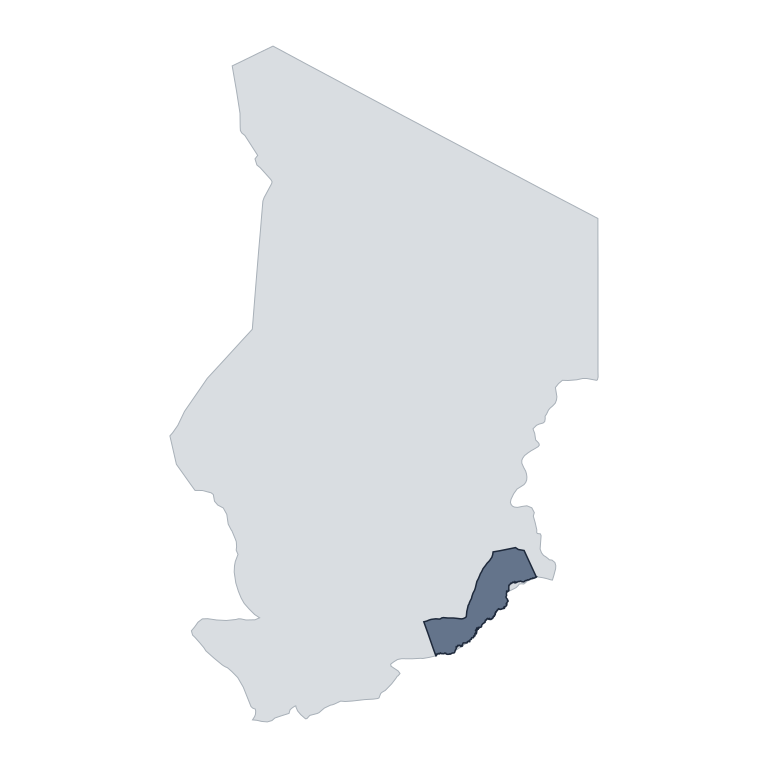 location of Haraze-Mangueigne, Salamat, Chad
{"feature_id": "50815135B51440340925469", "entity_name": "Haraze-Mangueigne", "entity_type": "district", "adm_level": 2, "iso_a3": "TCD", "parent_name": "Chad", "parent_adm1": "Salamat", "projection": "mercator", "projection_center": [21.205, 10.401], "detail": "fine", "context": "in_parent", "style": "filled", "palette": "slate", "viewbox_px": 768, "rotation_deg": 0, "n_neighbors": 0, "source": "geoboundaries", "source_scale": "gbopen_adm2", "svg_char_len": 9220}
<svg xmlns="http://www.w3.org/2000/svg" viewBox="0 0 768 768"><path d="M597.9,218.5L597.9,237.7L598.0,256.9L598.0,276.0L598.0,295.0L598.0,314.1L598.0,333.0L598.0,351.9L598.0,370.8L598.1,377.0L597.5,379.5L597.3,379.9L596.5,380.3L586.9,378.5L582.6,378.5L576.7,379.8L568.0,380.5L562.4,380.3L558.5,383.6L555.4,387.5L556.9,396.8L556.5,399.9L555.3,403.1L552.7,405.9L550.1,408.1L548.5,410.0L546.5,414.2L545.1,416.2L545.2,418.8L544.7,421.6L543.1,423.0L539.1,424.1L536.5,425.3L534.4,427.4L533.0,428.8L533.7,430.8L534.7,433.4L535.3,437.6L535.7,440.0L537.7,442.0L538.9,443.4L539.3,445.1L538.2,446.6L533.2,449.6L531.2,450.7L529.0,452.2L528.1,452.8L524.5,455.6L522.7,458.2L521.8,460.3L521.8,463.2L523.7,467.5L525.7,471.2L526.5,474.0L526.9,477.0L526.7,479.9L525.7,482.5L523.9,484.7L517.1,489.0L513.7,493.7L511.0,499.3L510.4,502.4L511.1,504.5L512.5,506.2L514.5,507.1L517.5,507.4L522.4,506.4L526.9,505.8L531.8,507.8L534.3,512.6L533.3,516.1L535.1,522.4L536.8,529.9L536.7,532.5L537.4,533.5L540.4,533.9L541.1,535.7L540.1,549.0L541.5,552.8L543.5,555.4L545.8,556.8L548.1,558.6L549.3,559.8L552.0,560.1L554.9,562.5L555.8,565.7L555.6,568.8L553.8,575.6L552.4,580.1L550.7,579.8L547.1,578.7L542.8,577.7L537.5,576.9L532.5,578.8L527.0,581.2L525.3,582.9L523.8,584.0L521.4,583.8L519.2,584.1L518.0,585.8L516.0,587.7L508.2,591.6L506.5,593.0L505.5,594.4L505.5,595.9L506.3,599.1L506.3,603.0L504.6,606.1L502.5,608.3L500.2,609.1L498.3,609.5L497.0,610.9L492.9,618.1L491.1,619.4L487.5,619.2L477.2,629.9L476.2,633.1L472.4,637.6L467.6,642.6L463.3,645.0L463.0,646.0L461.8,646.9L459.2,648.0L450.1,654.1L439.1,653.8L434.3,656.2L429.6,657.3L422.7,658.5L420.6,658.3L411.8,658.8L401.5,658.7L397.5,659.5L393.8,661.8L391.0,663.9L390.6,664.5L391.0,665.4L390.9,666.1L398.2,671.0L400.0,673.5L398.1,675.8L397.3,676.2L397.2,676.3L396.0,678.2L391.7,683.8L385.3,690.4L382.0,692.3L380.7,693.5L379.0,697.9L377.8,698.5L373.4,699.1L364.6,699.6L352.5,701.0L345.2,701.5L340.7,701.1L334.3,704.1L332.0,704.9L330.6,705.1L324.3,708.1L319.1,712.6L317.2,713.5L309.8,715.4L306.9,718.6L305.5,718.8L300.8,714.7L297.6,710.9L296.0,707.1L295.8,705.9L294.9,706.1L292.3,707.8L290.1,709.7L289.0,713.4L281.4,715.8L274.9,718.0L271.9,720.6L267.3,721.9L261.5,721.4L257.0,720.3L252.5,719.9L254.6,716.6L255.5,714.2L255.7,711.1L255.3,709.1L252.7,708.1L251.0,706.5L247.2,697.0L243.3,687.2L237.7,677.5L231.7,671.4L227.3,667.6L225.9,667.1L223.7,665.9L222.1,664.8L214.2,658.3L205.9,650.9L203.8,647.6L199.6,642.6L195.0,637.4L192.6,635.1L191.4,630.8L194.6,627.0L198.0,622.2L202.3,618.9L207.7,618.7L216.7,620.0L226.3,620.5L235.9,619.5L238.4,618.8L240.9,618.9L246.0,620.0L255.0,619.8L259.6,617.8L254.6,614.5L249.3,609.2L244.2,603.4L241.2,598.1L238.4,591.3L235.8,582.9L234.2,572.1L234.5,565.9L235.3,561.5L238.0,554.4L236.2,550.2L236.6,546.8L236.3,541.7L235.4,539.2L231.9,530.8L231.2,529.9L228.2,524.1L226.8,514.4L223.3,508.0L217.7,505.0L214.5,501.2L213.3,494.5L211.1,492.8L202.3,490.5L195.0,490.4L189.6,482.9L182.8,473.3L176.4,464.3L172.3,446.3L169.9,435.9L172.6,432.8L177.8,425.4L184.5,411.4L199.6,389.5L207.3,378.3L222.7,361.6L241.6,340.9L252.3,329.3L254.0,308.0L255.8,285.5L257.2,268.4L258.9,248.0L260.4,231.0L261.4,218.6L262.9,201.0L264.1,197.6L271.6,183.7L272.1,181.8L270.8,179.5L260.2,167.7L256.9,165.0L255.0,158.9L257.7,155.4L244.9,135.5L241.8,133.0L240.4,130.6L240.2,127.0L240.0,113.2L236.6,91.4L232.2,65.9L247.1,58.7L258.5,53.1L273.0,46.1L286.4,53.3L305.9,63.8L325.4,74.2L344.8,84.6L364.3,95.0L383.8,105.4L403.2,115.8L422.7,126.1L442.2,136.5L461.7,146.8L481.1,157.1L500.6,167.4L520.1,177.6L539.5,187.9L559.0,198.1L578.5,208.3L597.9,218.5Z" fill="#d9dde1" stroke="#a8b0b8" stroke-width="1"/><path d="M435.7,655.3L436.1,654.5L436.5,655.1L436.6,654.7L436.6,654.2L436.9,654.1L437.4,654.1L437.6,654.0L438.1,653.5L438.3,653.5L438.5,653.5L439.1,653.9L439.5,653.8L439.8,653.6L440.0,653.2L440.3,652.9L440.6,653.0L440.8,653.3L441.0,653.4L441.5,653.6L441.8,653.6L442.2,653.5L442.4,653.6L443.5,653.7L444.0,653.6L444.6,653.1L445.2,653.1L445.5,653.3L445.9,653.3L446.2,653.9L446.8,654.2L447.3,654.3L448.5,654.3L449.4,654.2L449.7,653.9L449.9,653.8L450.3,654.1L450.5,654.0L451.5,653.6L451.9,653.2L452.1,653.1L452.9,653.0L453.8,653.0L454.2,652.8L454.7,652.2L455.3,650.2L455.8,649.4L456.4,648.1L456.4,647.9L456.2,647.3L456.1,647.1L456.3,646.8L456.3,646.7L456.8,646.8L457.2,646.8L457.5,646.7L457.6,646.4L457.6,646.2L457.5,645.7L457.7,645.4L457.9,645.4L458.2,645.6L458.3,645.6L458.5,645.4L459.0,645.7L459.4,645.6L459.6,645.3L459.8,645.2L459.9,645.3L460.1,645.6L460.3,645.8L460.6,646.1L460.7,646.3L462.1,646.2L462.1,645.9L461.7,645.8L461.5,645.5L461.6,645.4L461.8,645.3L462.2,645.3L462.5,645.2L462.7,644.2L463.1,643.0L463.3,642.9L464.3,642.9L464.8,643.0L465.2,642.8L465.4,642.8L465.8,643.0L466.0,643.0L466.3,642.8L466.5,642.8L467.1,642.8L467.4,642.5L467.5,642.2L467.4,641.8L467.4,641.7L467.9,641.6L468.4,641.1L468.6,641.1L468.9,641.1L469.4,641.7L469.8,641.6L469.8,641.2L469.7,640.7L469.8,640.3L470.3,639.6L470.5,639.4L470.9,639.5L471.2,639.4L471.4,639.2L471.3,638.8L471.5,638.4L471.8,638.1L471.7,637.9L471.8,637.7L472.5,637.7L473.0,637.6L473.4,637.7L473.5,637.6L473.6,637.4L473.5,637.1L473.5,636.9L473.7,636.5L473.7,636.1L473.9,635.8L474.0,635.8L474.6,636.1L474.9,635.9L475.0,635.6L475.0,635.2L474.8,634.0L474.8,633.9L475.0,633.8L475.9,633.9L476.3,633.8L476.4,633.5L476.3,633.2L475.7,633.1L475.5,632.9L475.6,632.7L475.8,632.6L476.1,632.8L476.4,632.8L476.6,632.7L476.6,632.4L476.2,632.2L476.1,631.9L476.6,631.4L476.8,631.1L476.6,630.9L476.3,630.7L475.8,630.7L475.6,630.6L475.5,630.4L475.6,630.2L476.0,630.4L476.9,630.4L477.0,630.3L476.9,629.8L476.5,629.4L476.5,629.0L476.6,628.5L477.2,629.2L477.7,629.3L478.1,629.3L478.3,629.2L478.4,628.9L477.8,628.1L477.8,627.8L477.9,627.6L478.1,627.4L478.4,627.3L478.8,627.5L479.2,627.7L479.4,627.8L479.8,627.2L480.0,627.2L480.3,627.3L480.6,627.3L481.2,627.0L481.5,626.7L481.6,626.3L481.5,625.9L481.6,625.6L481.8,625.0L482.2,624.4L483.0,623.6L484.0,622.9L484.3,622.6L484.5,622.7L484.9,622.4L485.1,622.2L485.1,621.9L485.0,621.2L485.4,620.8L485.5,620.6L485.5,620.3L485.5,620.1L486.3,619.9L486.7,619.5L486.7,619.4L487.0,619.1L487.0,618.7L487.5,618.4L488.3,618.7L488.5,619.1L488.8,619.3L489.1,619.4L489.2,619.2L489.4,618.5L489.7,618.7L489.9,619.3L490.0,619.3L490.5,619.5L490.9,619.5L491.2,619.3L491.4,618.7L491.5,618.6L491.8,618.8L492.0,618.8L492.1,618.7L492.5,618.5L492.8,618.1L492.9,617.6L493.2,617.4L493.3,617.2L493.2,616.7L493.4,616.4L493.7,616.1L493.9,616.0L494.3,616.2L494.4,615.9L494.6,615.7L494.6,615.1L494.8,614.8L494.9,614.7L495.2,614.7L495.3,614.5L495.2,614.0L495.3,613.7L495.0,613.2L495.3,612.9L495.6,612.8L495.9,612.5L496.0,612.2L495.8,611.8L496.4,611.4L496.6,611.3L496.8,611.1L496.9,610.4L497.3,610.4L497.5,610.3L498.1,609.2L498.6,608.7L498.9,608.7L499.1,608.8L499.3,609.3L499.6,609.4L500.4,609.2L500.6,609.2L500.7,609.4L501.6,609.1L502.1,608.6L502.3,608.6L502.5,608.7L502.7,608.8L502.9,608.7L503.2,608.5L504.0,608.5L504.3,608.3L504.0,607.9L503.8,607.8L503.7,607.7L503.8,607.5L504.3,607.4L504.6,607.2L504.3,606.9L504.2,606.8L504.3,606.6L504.5,606.6L505.0,606.7L505.5,606.7L506.1,605.9L506.3,605.8L506.4,605.7L506.5,605.4L506.7,605.2L506.8,604.9L506.5,604.5L506.2,604.0L506.2,603.8L506.4,603.4L506.9,603.5L506.9,603.0L507.0,602.4L508.0,601.4L508.1,601.1L508.1,600.9L507.6,600.8L507.5,600.5L507.6,600.0L507.6,599.8L507.4,599.4L507.4,599.2L506.6,598.4L506.1,597.4L506.0,597.1L506.1,596.3L506.5,595.8L506.6,595.2L506.6,594.9L506.4,594.3L506.4,593.5L506.6,592.8L506.6,592.1L506.6,591.1L506.9,591.0L507.2,591.4L507.4,591.6L507.6,591.6L507.9,591.4L508.1,591.1L508.5,590.9L508.6,590.7L508.9,590.5L508.8,590.1L508.9,589.4L508.6,589.1L508.7,588.9L508.8,588.9L508.8,588.6L508.8,588.3L508.9,587.9L508.7,587.0L508.8,586.6L509.0,586.0L508.8,585.6L508.9,585.3L509.0,585.1L509.4,585.0L509.7,584.7L509.9,584.6L510.1,584.1L510.7,583.4L511.0,583.5L511.1,583.1L511.6,583.2L512.0,583.1L512.6,582.2L512.9,582.2L513.4,582.5L513.6,582.4L513.9,582.1L514.2,582.1L514.5,582.6L514.8,582.9L515.0,582.9L515.1,582.2L515.4,582.6L515.5,582.7L515.8,582.7L516.0,582.6L515.9,582.1L516.3,582.2L516.6,582.4L517.0,582.0L517.5,582.0L518.1,581.5L518.3,581.5L518.6,581.5L518.9,581.6L519.1,581.6L519.4,581.4L519.9,581.4L520.5,581.1L520.8,581.1L521.5,581.6L522.0,581.7L523.6,581.9L523.9,581.7L524.6,581.6L524.9,580.9L525.4,580.6L526.5,580.4L527.1,580.2L527.4,579.9L527.7,579.8L528.2,580.0L528.9,579.7L529.2,579.6L529.6,579.4L530.2,579.1L530.6,578.7L531.9,578.6L532.5,578.5L532.8,578.1L533.1,578.4L533.8,578.0L534.3,578.0L534.7,578.0L535.0,577.8L535.1,577.6L535.4,577.3L536.0,577.3L536.5,576.8L536.2,576.7L524.1,550.5L518.3,549.5L515.5,547.6L499.6,550.8L493.1,551.9L492.7,554.7L491.8,557.4L490.7,558.9L489.7,560.5L488.3,562.0L487.1,563.2L485.2,565.9L483.7,567.8L482.9,568.9L482.4,570.1L481.5,571.9L480.4,573.7L479.7,575.5L478.3,578.8L476.9,581.4L475.3,588.1L474.6,590.2L473.0,593.2L471.9,596.5L471.5,598.4L470.2,600.9L469.3,602.9L469.0,604.1L468.2,605.3L467.7,607.5L467.3,609.4L466.8,611.3L466.5,614.4L466.3,616.7L465.2,617.7L463.2,618.6L461.3,618.9L457.2,618.4L453.2,618.0L451.9,618.0L447.8,618.0L443.4,617.6L441.8,617.9L440.6,618.7L439.5,619.1L435.8,618.8L431.1,619.4L428.9,620.1L426.9,621.0L425.1,621.5L423.8,621.8L427.8,632.9L433.1,648.2L435.5,654.8L435.7,655.3Z" fill="#64748b" stroke="#1e293b" stroke-width="1.5"/></svg>